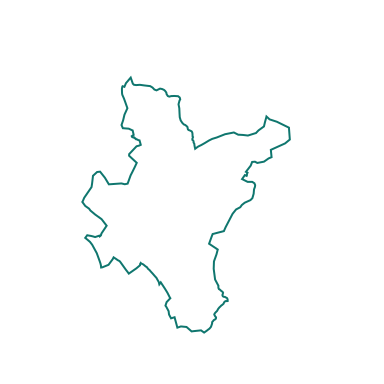 outline of Dawakin Kudu, Kano, Nigeria, rotated 242°
{"feature_id": "59680162B24430291126178", "entity_name": "Dawakin Kudu", "entity_type": "district", "adm_level": 2, "iso_a3": "NGA", "parent_name": "Nigeria", "parent_adm1": "Kano", "projection": "orthographic", "projection_center": [8.658, 11.798], "detail": "fine", "context": "isolated", "style": "outline", "palette": "teal", "viewbox_px": 384, "rotation_deg": 242, "n_neighbors": 0, "source": "geoboundaries", "source_scale": "gbopen_adm2", "svg_char_len": 4456}
<svg xmlns="http://www.w3.org/2000/svg" viewBox="0 0 384 384"><g transform="rotate(242 192 192)"><path d="M157.1,229.8L157.8,233.5L157.4,239.8L158.2,242.4L161.5,245.6L165.2,248.0L167.0,250.0L168.4,251.0L170.4,251.2L172.6,250.0L173.9,247.7L174.8,245.9L179.9,242.3L182.1,246.6L180.6,247.8L181.2,248.5L181.4,248.5L181.8,248.7L182.0,248.9L182.1,249.0L183.0,250.1L184.5,249.1L187.7,256.2L190.3,259.2L189.2,261.8L187.0,263.3L185.0,269.8L185.7,275.4L185.4,278.6L192.2,281.4L191.2,297.0L192.4,303.0L203.3,307.8L214.2,299.9L219.7,294.6L223.7,293.2L223.0,292.6L222.8,292.4L219.4,289.2L216.1,286.3L216.1,286.2L215.2,279.8L215.0,279.1L214.0,276.1L214.2,275.3L215.6,267.9L218.5,263.7L220.5,260.4L220.9,259.7L224.9,256.9L227.5,248.3L228.5,239.5L229.4,234.8L229.5,231.3L229.2,226.0L229.1,222.1L229.2,220.1L229.2,218.4L228.7,215.1L230.5,215.6L232.1,216.1L233.6,216.7L234.9,216.6L236.1,217.2L237.0,217.2L237.8,216.8L238.7,217.2L239.4,218.0L240.0,218.7L240.8,218.6L241.8,219.1L242.9,219.6L243.8,220.0L244.9,220.2L245.8,220.1L246.8,219.4L247.6,218.8L248.3,218.1L249.2,217.8L250.3,218.1L251.5,218.5L252.7,218.2L254.3,217.5L255.5,216.5L257.5,215.9L260.5,215.6L263.8,216.3L267.7,218.1L271.9,220.1L275.8,221.3L278.7,224.0L279.2,225.0L280.1,225.3L281.2,225.5L283.1,224.7L285.2,221.3L285.8,220.0L286.4,218.8L286.9,216.7L288.1,215.7L290.3,215.5L291.9,216.0L294.0,215.7L295.3,215.2L296.9,214.0L298.3,212.3L298.4,208.4L300.1,206.9L302.7,206.2L305.1,204.8L308.5,199.9L311.1,196.3L312.6,192.9L313.9,191.1L315.4,190.6L321.8,191.6L319.1,184.8L316.6,181.7L318.0,180.4L317.9,180.1L316.1,178.6L315.5,178.3L313.3,177.2L311.8,176.5L310.9,176.2L310.6,176.1L309.1,176.0L306.4,175.8L302.9,175.3L296.3,174.3L292.0,168.7L287.7,164.9L284.2,161.2L280.8,160.9L277.6,165.9L274.8,168.0L274.2,168.5L269.8,167.3L269.6,165.0L269.1,164.9L268.8,165.0L268.6,165.0L268.4,165.1L268.2,165.3L268.0,165.5L267.8,165.9L267.7,166.1L267.4,166.4L267.3,166.6L266.7,166.5L266.5,166.8L266.4,166.8L266.2,166.9L266.1,167.0L265.8,167.1L265.7,167.1L265.6,167.3L265.4,167.4L264.9,167.3L264.7,167.5L264.4,168.0L264.1,168.2L263.8,168.5L263.3,168.7L263.0,169.0L262.7,169.3L262.4,169.6L262.2,169.9L257.7,168.9L257.8,167.1L257.9,166.7L258.4,164.5L255.0,154.4L254.0,153.7L253.5,153.5L243.7,156.9L241.2,153.6L237.8,148.9L235.5,145.6L229.6,139.1L230.4,136.3L232.7,133.7L237.8,122.2L245.5,121.8L253.1,120.4L254.2,117.6L252.8,112.2L246.3,107.7L243.5,105.6L237.5,94.1L235.2,91.3L234.7,90.5L229.8,91.2L225.6,93.3L223.3,93.6L217.6,95.9L210.5,99.4L202.3,100.8L197.9,92.6L197.1,91.8L196.9,91.7L196.7,91.5L196.7,91.3L196.5,91.2L196.4,91.0L196.4,90.9L196.3,90.6L196.2,90.3L196.2,89.9L196.1,89.6L196.7,89.5L197.0,89.5L197.7,85.3L199.2,83.8L200.7,82.1L202.1,80.3L203.0,79.2L201.6,76.2L195.9,78.5L192.3,79.1L182.7,79.2L174.2,78.0L171.8,77.6L169.9,77.1L168.0,76.3L167.6,77.4L166.9,84.1L169.9,90.4L171.1,92.1L168.0,93.8L166.9,94.3L165.0,95.6L163.6,95.9L154.5,97.1L151.7,97.6L149.6,97.9L150.7,107.0L151.7,111.7L152.8,112.4L153.4,113.4L152.9,113.5L152.3,113.9L151.7,114.4L150.9,115.0L148.4,116.0L147.4,116.5L146.7,116.9L146.5,117.0L145.9,117.0L145.2,117.0L143.6,117.6L142.6,118.0L142.3,118.0L141.4,118.2L139.8,118.6L138.7,118.9L137.4,119.2L136.1,119.5L135.2,119.7L134.4,119.9L132.9,120.3L131.0,120.3L128.4,120.4L127.7,120.3L126.2,119.9L125.8,119.8L126.9,122.0L119.4,122.7L114.6,123.0L109.3,122.9L108.4,123.0L106.7,117.9L104.1,115.2L102.7,115.4L97.7,115.4L95.7,114.6L94.5,114.2L90.3,114.2L89.6,117.8L89.2,117.7L79.1,115.4L78.5,119.1L75.4,123.8L69.1,126.2L68.3,128.3L65.6,135.0L62.2,136.7L62.6,140.0L63.0,142.1L63.1,143.1L63.5,144.1L63.9,145.2L64.4,145.8L64.7,146.2L65.4,146.9L66.4,148.0L67.2,148.4L67.9,149.1L68.1,150.0L68.6,150.9L68.7,151.9L68.6,152.3L68.9,153.5L69.4,154.0L70.1,154.4L71.1,154.1L72.2,154.1L73.3,154.1L73.9,154.7L74.1,155.1L74.3,155.5L74.6,156.3L74.9,157.2L75.1,158.0L75.5,158.8L76.2,159.7L76.7,160.7L77.3,162.1L77.6,163.4L78.0,164.4L78.1,165.5L78.5,167.3L78.8,167.7L79.3,168.3L79.7,169.0L79.9,169.9L79.8,170.8L79.5,171.2L79.2,171.7L79.0,172.3L79.6,172.6L79.9,172.8L81.0,173.1L81.9,173.1L82.5,172.7L83.9,171.8L84.1,171.5L84.6,170.8L85.4,170.3L86.2,170.3L86.9,170.6L87.1,170.9L88.4,172.1L89.5,172.1L90.3,171.7L90.9,171.4L91.8,171.1L92.4,170.9L92.9,170.7L93.6,170.2L94.9,170.3L96.0,170.8L96.8,171.3L98.3,171.3L103.9,171.3L114.0,175.1L120.4,178.8L125.4,184.3L129.1,187.7L138.3,182.8L143.2,188.2L145.2,190.5L142.5,201.8L145.1,205.1L153.7,217.6L155.9,222.7L155.9,227.5L157.1,229.8Z" fill="none" stroke="#0f766e" stroke-width="2"/></g></svg>